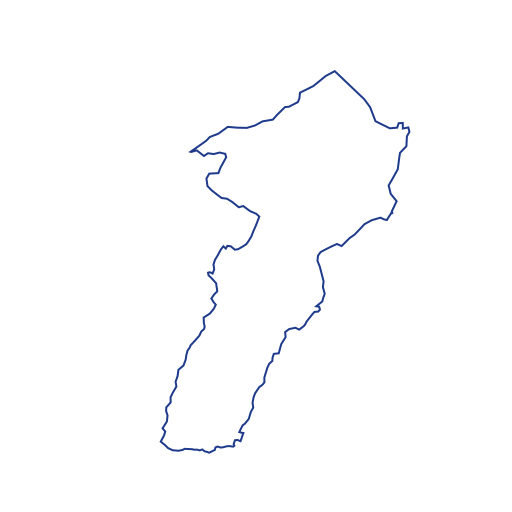 the district of Kato Lefkara, Larnaca, Cyprus, rotated 315°
{"feature_id": "46923920B54112432115071", "entity_name": "Kato Lefkara", "entity_type": "district", "adm_level": 2, "iso_a3": "CYP", "parent_name": "Cyprus", "parent_adm1": "Larnaca", "projection": "robinson", "projection_center": [33.345, 34.873], "detail": "fine", "context": "isolated", "style": "outline", "palette": "blue", "viewbox_px": 512, "rotation_deg": 315, "n_neighbors": 0, "source": "geoboundaries", "source_scale": "gbopen_adm2", "svg_char_len": 2764}
<svg xmlns="http://www.w3.org/2000/svg" viewBox="0 0 512 512"><g transform="rotate(315 256 256)"><path d="M382.5,322.7L383.5,320.5L394.2,316.7L395.2,307.3L399.7,299.9L407.9,297.7L417.6,294.9L425.1,289.1L430.7,284.9L440.0,284.7L447.3,278.1L452.3,276.7L454.6,272.8L450.0,269.7L453.8,265.7L450.8,263.0L446.6,265.1L440.9,260.3L435.8,245.2L441.9,231.5L443.4,221.8L442.4,181.0L432.6,178.0L416.8,176.4L402.6,171.6L398.2,175.2L394.5,176.8L384.8,173.7L381.8,171.2L370.1,171.1L364.4,171.5L355.8,165.4L347.6,163.0L340.2,159.0L333.2,151.7L327.3,144.7L315.9,142.9L307.5,139.2L302.3,139.3L295.1,138.1L283.4,136.0L283.7,136.6L288.8,139.4L289.4,144.1L289.9,148.5L294.7,149.4L298.3,154.1L303.4,157.1L306.5,162.0L304.7,165.1L293.4,168.4L288.0,170.8L281.2,164.7L275.7,166.2L271.1,172.3L271.1,178.5L271.9,185.2L272.7,190.7L276.0,195.0L277.4,201.0L278.3,209.4L282.3,211.6L283.5,219.9L286.0,226.3L286.2,230.5L279.0,233.7L276.9,234.6L271.7,236.6L266.5,238.9L261.2,240.2L257.4,240.8L253.8,240.0L248.3,238.6L245.5,236.6L245.0,231.2L242.9,228.6L239.9,229.4L239.8,226.1L236.0,226.5L228.9,228.6L224.3,229.7L219.9,232.0L217.0,235.9L212.9,237.7L211.9,234.8L210.3,233.9L208.8,236.1L208.9,240.4L208.5,247.1L206.9,249.2L204.7,252.3L203.5,253.6L199.3,253.6L194.4,254.5L193.4,258.5L193.1,262.0L188.8,263.5L182.6,264.1L175.5,262.5L172.0,266.2L169.7,269.7L167.7,270.9L163.9,270.7L159.5,272.3L152.8,272.7L146.6,272.9L144.6,273.8L142.3,274.2L140.7,274.5L136.4,277.0L132.9,279.6L127.2,282.2L120.7,281.6L115.6,285.5L110.3,288.0L107.4,292.0L100.2,293.9L95.7,295.5L92.1,299.2L85.5,299.6L82.8,302.1L80.7,306.2L76.0,310.0L68.1,311.8L67.7,315.9L64.3,317.8L57.4,319.9L58.0,326.0L58.0,329.6L59.7,334.4L63.6,339.0L66.8,341.1L69.3,342.0L74.5,347.8L74.9,348.8L77.4,351.3L78.8,353.7L81.2,354.8L81.6,357.8L83.0,360.1L83.8,362.0L86.2,362.8L89.7,364.0L92.0,362.7L94.1,363.6L95.6,366.5L97.5,368.0L101.0,370.0L102.9,371.8L105.2,374.8L106.6,374.8L107.2,373.2L110.9,371.4L112.9,373.1L114.1,376.0L116.0,375.1L121.9,372.2L120.9,370.9L119.7,368.7L126.7,366.3L129.5,366.7L135.6,366.1L142.1,362.6L146.8,361.3L149.7,357.4L154.4,354.2L158.4,352.4L165.7,351.0L169.2,351.6L172.6,351.3L176.0,347.8L185.1,343.0L189.2,341.5L193.3,341.8L195.8,339.6L199.4,337.8L203.3,340.9L208.1,338.1L211.7,336.1L219.6,334.3L222.8,330.4L227.8,331.1L233.1,334.6L234.5,338.6L240.4,339.4L242.9,339.0L245.5,338.1L249.9,337.6L255.0,337.0L257.8,336.9L260.7,339.3L263.3,339.1L264.8,336.6L263.1,334.2L265.7,334.5L270.8,335.0L273.4,333.4L277.9,331.3L281.3,325.3L285.9,321.7L293.6,308.6L296.1,302.8L300.1,299.6L304.5,298.9L309.7,300.5L314.9,302.2L321.7,304.7L323.6,309.5L334.7,309.5L341.0,310.6L349.6,310.4L355.2,310.2L363.1,312.5L371.1,316.9L372.5,320.8L374.0,323.1L376.8,322.4L382.5,321.2L382.5,322.7Z" fill="none" stroke="#1e3a8a" stroke-width="2"/></g></svg>